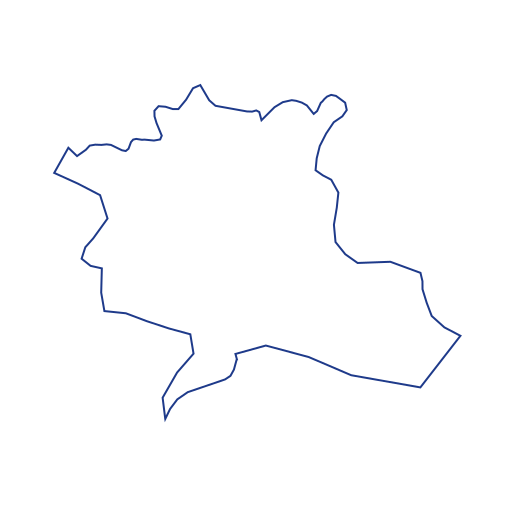 an SVG outline of İmişli, rotated 340°
{"feature_id": "AZE-1704", "entity_name": "İmişli", "entity_type": "District", "adm_level": 1, "iso_a3": "AZE", "parent_name": "Azerbaijan", "parent_adm1": "", "projection": "robinson", "projection_center": [48.046, 39.851], "detail": "fine", "context": "isolated", "style": "outline", "palette": "blue", "viewbox_px": 512, "rotation_deg": 340, "n_neighbors": 0, "source": "natural_earth", "source_scale": "10m", "svg_char_len": 1475}
<svg xmlns="http://www.w3.org/2000/svg" viewBox="0 0 512 512"><g transform="rotate(340 256 256)"><path d="M202.7,346.7L202.4,346.7L196.4,355.2L191.0,359.9L184.7,361.4L145.3,360.6L133.0,363.8L123.0,370.3L115.0,378.1L115.1,377.6L119.8,357.2L142.0,338.5L163.9,326.4L167.5,307.1L149.4,294.3L131.1,279.9L114.1,265.3L94.7,255.9L98.0,237.5L106.9,214.9L97.2,208.7L91.2,198.9L98.6,189.4L109.0,183.8L129.3,170.0L130.3,145.5L113.4,127.1L94.8,108.9L116.7,90.1L122.0,100.9L132.5,98.0L137.5,95.4L143.0,96.4L147.7,98.3L148.6,98.7L153.8,100.0L157.7,102.0L166.2,110.8L169.5,112.8L172.9,111.6L177.5,106.2L180.4,104.6L183.5,105.0L188.6,107.8L191.0,108.5L199.6,112.6L205.8,113.7L208.6,110.7L208.0,97.1L208.4,90.1L210.2,84.8L215.7,81.9L222.0,84.8L228.1,89.5L233.3,91.4L243.8,85.2L254.2,76.8L262.1,76.3L265.3,93.7L269.3,101.0L297.0,117.1L301.8,119.0L306.0,119.3L308.3,121.8L307.6,130.3L324.3,122.5L333.8,120.6L342.9,121.8L346.8,123.9L351.5,127.5L355.3,131.9L358.8,142.2L363.0,140.7L369.3,134.2L371.2,133.5L373.9,131.9L377.3,130.5L381.7,130.3L385.9,132.9L388.4,136.6L392.2,142.4L391.2,149.9L384.9,154.3L374.8,156.9L363.8,164.9L353.5,174.5L346.5,184.9L341.3,195.8L346.4,203.1L352.8,210.1L355.1,224.6L348.4,238.3L339.9,253.3L335.5,270.1L340.5,284.9L349.1,297.3L380.3,307.4L404.8,328.1L403.8,336.6L401.1,344.2L400.4,358.3L400.6,372.5L408.6,387.5L420.8,400.9L365.5,435.7L304.7,400.6L271.0,369.0L234.6,343.5L203.2,341.0L202.7,346.7L202.7,346.7Z" fill="none" stroke="#1e3a8a" stroke-width="2"/></g></svg>